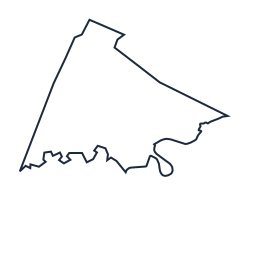 Claiborne, Mississippi, United States of America (orthographic projection), rotated 204°
{"feature_id": "52423323B39960691316428", "entity_name": "Claiborne", "entity_type": "district", "adm_level": 2, "iso_a3": "USA", "parent_name": "United States of America", "parent_adm1": "Mississippi", "projection": "orthographic", "projection_center": [-91.036, 32.005], "detail": "fine", "context": "isolated", "style": "outline", "palette": "slate", "viewbox_px": 256, "rotation_deg": 204, "n_neighbors": 0, "source": "geoboundaries", "source_scale": "gbopen_adm2", "svg_char_len": 1395}
<svg xmlns="http://www.w3.org/2000/svg" viewBox="0 0 256 256"><g transform="rotate(204 128 128)"><path d="M41.9,179.5L117.6,182.6L147.5,189.9L173.0,196.0L173.6,204.5L169.6,211.6L207.2,211.2L208.2,194.6L213.5,189.0L213.5,166.4L214.1,138.4L212.7,111.6L209.2,44.4L206.1,51.8L201.0,51.6L202.3,55.1L193.6,56.4L189.5,63.6L192.5,64.7L194.4,71.5L188.8,75.1L185.3,72.0L180.2,77.9L176.8,75.0L177.9,70.6L172.2,69.6L167.7,75.5L172.3,77.4L171.5,81.3L159.8,86.5L151.7,79.9L147.2,85.3L146.4,93.0L149.7,93.6L148.4,99.4L140.4,100.3L135.6,95.8L133.9,90.1L131.5,94.1L125.1,93.2L112.1,86.6L112.2,89.0L110.8,91.7L109.6,92.8L100.5,97.7L96.2,100.0L95.7,100.5L95.7,101.3L96.5,111.0L96.2,111.7L95.5,112.0L90.2,111.7L88.6,111.0L85.2,107.9L82.0,102.8L80.6,101.0L78.5,99.5L77.1,99.0L75.3,99.2L74.1,99.6L71.8,101.4L70.4,103.3L69.9,104.3L69.8,105.2L69.8,106.4L70.0,107.4L70.8,108.8L71.6,110.1L73.2,111.4L75.2,112.4L81.7,113.8L91.2,115.9L93.6,117.0L94.8,118.1L95.4,119.2L96.0,121.2L96.2,123.1L97.5,123.7L93.0,130.0L91.0,132.0L88.4,133.8L84.2,135.0L69.0,136.7L67.1,138.0L64.8,140.2L62.4,143.2L61.3,144.9L61.0,146.2L61.1,147.9L60.9,150.5L59.7,154.5L59.8,154.8L60.4,155.1L62.4,154.7L62.8,155.5L62.4,159.0L63.6,160.5L63.7,161.2L62.9,161.9L61.0,162.7L60.5,163.1L59.9,164.2L59.5,164.4L58.3,164.8L57.2,164.6L56.6,165.0L55.8,166.5L54.6,167.9L48.8,173.7L46.2,176.8L41.9,179.5Z" fill="none" stroke="#1e293b" stroke-width="2"/></g></svg>